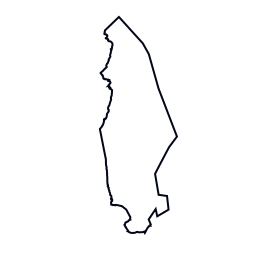 outline of Melchor Ocampo, Zacatecas, Mexico, rotated 52°
{"feature_id": "50627088B70074027244327", "entity_name": "Melchor Ocampo", "entity_type": "district", "adm_level": 2, "iso_a3": "MEX", "parent_name": "Mexico", "parent_adm1": "Zacatecas", "projection": "equal_earth", "projection_center": [-102.006, 24.9], "detail": "fine", "context": "isolated", "style": "outline", "palette": "ink", "viewbox_px": 256, "rotation_deg": 52, "n_neighbors": 0, "source": "geoboundaries", "source_scale": "gbopen_adm2", "svg_char_len": 5222}
<svg xmlns="http://www.w3.org/2000/svg" viewBox="0 0 256 256"><g transform="rotate(52 128 128)"><path d="M217.5,169.3L212.8,168.0L208.9,156.1L215.6,159.3L217.3,146.3L205.6,139.1L199.5,145.0L180.8,134.9L176.6,125.8L168.4,107.5L164.9,94.7L115.6,79.6L82.6,66.1L70.4,64.2L34.9,66.8L36.9,86.0L37.8,87.0L37.9,87.3L38.2,87.4L38.4,87.5L38.8,88.2L39.0,88.4L39.2,88.6L39.4,88.6L39.6,88.7L40.2,88.1L40.3,88.0L40.5,87.9L41.0,87.5L41.3,87.5L41.7,87.7L41.9,87.5L42.1,87.3L42.4,87.4L43.3,88.2L43.5,88.8L43.7,89.3L43.7,89.8L43.5,90.1L43.7,90.3L44.1,90.2L44.3,90.0L44.5,89.8L44.6,89.6L44.8,89.5L45.5,89.3L45.8,89.0L46.0,89.0L46.5,89.5L46.8,89.9L47.0,89.9L47.4,89.8L47.9,89.6L48.5,89.0L48.7,88.9L49.0,88.5L49.6,88.3L50.3,88.2L51.2,88.2L51.9,88.3L52.1,88.4L52.4,88.7L52.8,88.9L52.9,89.0L53.1,89.1L53.2,89.3L54.1,90.5L54.3,90.8L54.6,90.9L54.8,91.0L55.1,91.2L55.2,91.6L55.3,92.2L55.4,92.4L55.3,93.0L55.5,93.1L55.9,92.9L56.1,93.1L56.4,93.0L56.5,93.4L56.4,93.4L57.0,94.1L57.2,94.3L57.9,95.1L58.4,95.5L58.9,96.4L59.1,96.8L59.5,97.2L59.6,97.3L60.6,97.7L60.8,97.9L61.2,98.8L61.4,99.2L61.5,99.6L61.6,99.8L61.7,100.1L61.9,100.2L62.0,100.5L62.1,101.0L62.7,101.3L63.0,101.6L63.1,102.0L63.3,102.3L63.4,102.6L63.8,103.0L64.2,103.7L64.4,104.1L64.4,104.5L64.4,104.9L64.5,105.0L64.7,105.3L65.0,106.0L65.2,106.4L65.3,106.6L65.6,106.8L66.2,107.1L66.6,107.1L66.8,107.2L66.7,107.5L66.8,107.8L67.1,108.8L67.0,109.2L67.2,110.8L67.4,111.9L67.5,112.4L67.6,113.9L67.6,114.6L67.8,115.6L68.1,115.5L68.7,115.7L68.7,115.8L69.3,115.8L69.7,115.8L69.9,115.8L69.9,115.7L70.1,115.6L70.3,115.6L70.9,115.6L71.1,115.6L71.2,115.8L71.5,116.0L72.2,116.1L73.1,116.3L73.4,116.5L73.9,116.6L73.9,116.8L74.3,116.8L75.1,116.4L75.4,116.2L75.4,115.9L75.5,115.6L75.8,115.5L76.1,115.3L76.2,115.1L76.5,115.0L76.8,114.8L77.0,114.6L77.4,114.4L77.5,114.4L77.9,114.1L77.9,113.8L78.0,113.8L78.3,113.8L78.5,113.5L78.7,113.9L78.9,114.4L79.0,114.3L79.2,114.2L79.5,113.6L79.9,113.5L80.0,113.6L80.6,113.6L81.0,113.9L81.4,114.0L81.6,114.0L82.6,117.8L82.7,117.6L83.2,117.5L83.3,117.4L83.6,117.2L83.7,117.4L83.8,117.4L84.1,117.9L84.3,118.0L84.6,117.8L84.8,117.7L85.0,117.8L84.9,117.4L85.0,117.3L85.2,117.2L85.3,117.3L85.6,117.5L85.9,117.4L86.0,117.6L86.6,117.6L87.1,117.5L87.6,117.3L88.3,117.2L89.1,118.0L89.6,118.3L92.2,120.7L92.8,121.6L93.2,122.4L93.6,122.9L95.2,123.8L95.8,124.8L97.5,127.3L98.6,128.7L98.9,129.8L99.7,131.1L100.4,131.8L101.2,132.2L101.8,132.0L102.3,132.3L103.2,133.3L103.3,134.0L103.6,134.9L103.9,135.6L104.1,136.0L104.8,136.7L105.4,137.3L105.9,137.8L106.8,139.2L106.8,139.8L106.5,140.4L106.4,140.8L106.5,141.1L106.3,141.4L106.4,141.6L106.5,141.7L106.8,141.6L107.0,141.5L107.0,141.9L107.0,142.0L107.4,142.3L108.8,143.8L109.3,144.6L109.9,145.6L110.2,146.1L110.4,146.6L110.3,146.9L110.5,147.1L110.8,147.6L111.3,149.8L111.5,150.8L136.4,163.4L138.9,164.6L143.2,167.8L143.6,168.0L144.6,168.6L144.8,168.6L145.5,168.9L147.2,170.3L147.9,170.4L148.4,170.7L148.7,171.0L149.1,171.2L149.3,171.4L150.0,171.9L150.6,172.1L150.9,172.5L151.7,173.1L151.9,173.2L152.8,173.9L153.4,174.2L153.6,174.4L154.2,174.7L155.2,175.6L156.0,176.1L156.2,176.3L156.8,176.7L157.1,176.9L157.7,177.5L157.9,177.6L158.0,177.6L158.4,177.8L158.8,178.2L159.2,178.3L159.4,178.5L159.7,178.6L159.8,178.7L160.1,179.0L160.3,179.1L160.7,179.1L160.8,179.0L161.4,179.5L161.6,179.6L161.6,179.8L162.0,179.8L162.4,180.0L162.6,180.1L163.0,180.0L163.3,180.3L163.5,180.2L163.6,180.3L163.7,180.5L164.4,180.9L165.5,181.1L165.9,181.3L166.0,181.5L166.3,181.6L166.6,181.8L167.1,182.0L168.2,182.2L168.6,182.4L169.5,183.1L169.9,183.3L170.3,183.2L170.6,183.0L170.8,183.0L171.1,183.0L171.7,183.3L171.8,183.3L172.1,183.4L172.3,183.6L172.4,183.8L172.8,184.2L172.9,184.3L173.1,184.5L173.2,184.9L173.4,185.1L173.7,184.9L173.8,184.7L174.2,184.4L174.4,184.6L174.4,184.8L174.7,185.1L175.0,184.8L175.8,185.4L175.7,185.9L175.7,186.2L175.7,186.5L176.0,187.0L177.0,187.6L178.0,188.4L178.8,187.7L179.1,187.7L179.2,187.3L179.6,187.0L179.8,186.7L180.0,186.5L180.2,186.3L180.3,186.1L180.7,185.9L180.8,185.7L181.1,185.7L181.4,184.5L185.9,180.9L191.2,179.6L199.8,181.1L200.4,181.7L200.7,182.1L201.1,182.6L201.4,182.7L201.6,182.7L201.3,183.4L201.3,183.5L201.4,183.8L201.4,184.0L201.3,184.4L201.6,185.2L201.6,185.6L201.5,186.3L201.2,186.5L201.2,187.4L201.0,187.8L201.0,188.4L201.2,188.7L201.3,188.8L201.6,189.0L201.9,189.4L202.0,189.7L202.1,189.8L202.2,190.0L202.3,190.1L202.2,190.3L202.4,190.4L202.4,190.5L202.6,190.6L202.9,190.6L203.2,190.7L203.3,190.7L203.6,190.7L204.0,190.7L204.3,190.6L204.5,190.9L209.2,191.2L209.2,191.8L210.6,191.2L211.2,191.1L211.4,190.9L212.4,190.2L212.6,190.0L212.8,189.8L213.3,189.3L213.6,188.9L213.8,188.7L214.1,188.1L214.3,187.9L214.8,187.0L215.0,186.4L215.1,186.2L215.2,185.8L215.2,185.4L215.3,185.1L215.9,184.3L216.3,184.1L216.5,183.9L216.9,183.7L217.1,183.5L217.5,182.9L217.7,182.5L217.9,182.2L218.2,181.7L218.5,181.4L219.0,180.7L219.2,180.2L219.3,179.9L219.5,179.1L220.4,179.3L221.1,179.4L221.0,179.1L220.9,178.9L220.7,178.5L220.6,178.1L220.1,177.2L219.9,177.0L219.9,176.6L219.6,176.2L219.2,175.3L218.8,174.1L218.7,173.5L218.7,173.3L218.7,173.0L218.5,172.7L218.3,172.6L218.3,172.3L218.4,171.6L218.4,171.4L218.3,171.2L218.5,171.1L218.8,170.6L218.6,170.6L218.0,169.4L217.5,169.3Z" fill="none" stroke="#020617" stroke-width="2"/></g></svg>